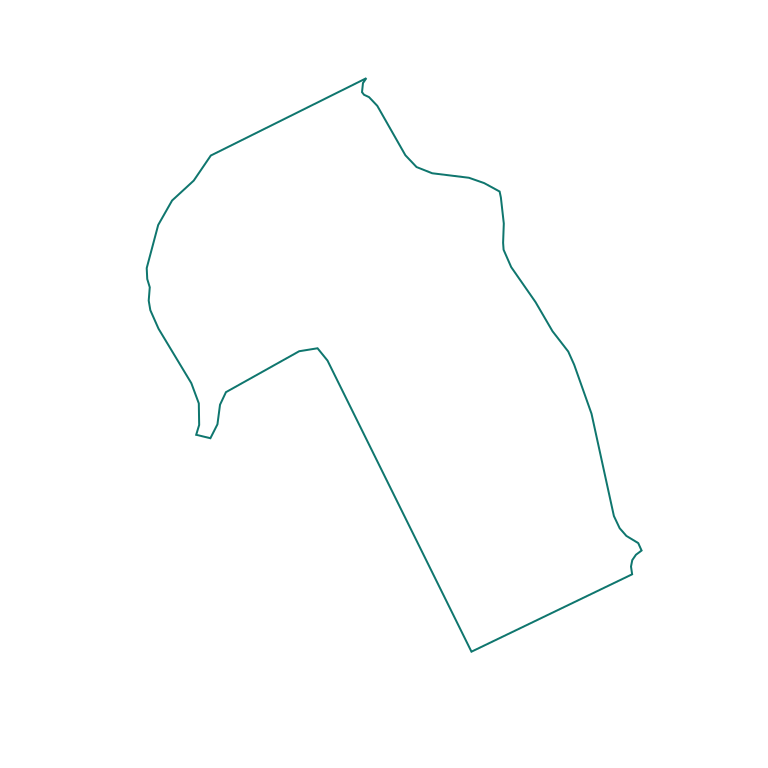 an SVG outline of Davao, rotated 153°
{"feature_id": "PHL-5528", "entity_name": "Davao", "entity_type": "Highly Urbanized City", "adm_level": 1, "iso_a3": "PHL", "parent_name": "Philippines", "parent_adm1": "", "projection": "natural_earth1", "projection_center": [125.415, 7.306], "detail": "fine", "context": "isolated", "style": "outline", "palette": "teal", "viewbox_px": 768, "rotation_deg": 153, "n_neighbors": 0, "source": "natural_earth", "source_scale": "10m", "svg_char_len": 838}
<svg xmlns="http://www.w3.org/2000/svg" viewBox="0 0 768 768"><g transform="rotate(153 384 384)"><path d="M574.4,424.0L567.3,431.4L557.8,450.8L555.3,472.2L559.8,535.6L558.7,555.8L555.8,565.1L548.8,576.5L547.3,585.0L542.8,595.0L513.0,628.2L489.5,643.7L461.2,651.6L434.6,666.2L260.9,664.5L265.9,661.8L266.1,661.7L271.1,654.0L270.5,650.8L267.1,646.4L263.7,634.9L261.1,578.1L256.5,562.5L245.4,549.9L214.7,529.2L203.6,517.6L193.6,503.0L195.2,497.1L204.4,472.6L213.8,455.7L216.5,449.3L217.6,430.4L211.8,388.1L209.9,354.5L205.1,329.3L205.8,314.9L212.6,263.3L239.1,162.0L239.5,148.5L237.0,138.6L229.7,126.8L230.1,118.7L237.0,117.5L242.7,114.4L242.8,114.3L246.8,109.2L249.3,101.8L427.6,105.8L423.7,430.5L427.0,446.0L444.7,451.7L528.5,448.5L539.5,440.0L550.7,423.7L563.3,414.5L574.4,424.0Z" fill="none" stroke="#0f766e" stroke-width="2"/></g></svg>